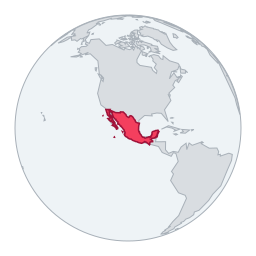 Mexico highlighted on a globe, orthographic projection
{"feature_id": "MEX", "entity_name": "Mexico", "entity_type": "country or territory", "adm_level": 0, "iso_a3": "MEX", "parent_name": "North America", "parent_adm1": "", "projection": "orthographic", "projection_center": [-103.635, 23.63], "detail": "fine", "context": "on_globe", "style": "filled", "palette": "rose", "viewbox_px": 256, "rotation_deg": 0, "n_neighbors": 0, "source": "natural_earth", "source_scale": "50m", "svg_char_len": 14090}
<svg xmlns="http://www.w3.org/2000/svg" viewBox="0 0 256 256"><circle cx="128" cy="128" r="113" fill="#eef3f6" stroke="#a8b0b8"/><path d="M22.8,166.8L23.1,167.6L22.8,166.8ZM175.9,153.4L173.4,152.7L171.2,156.3L162.2,152.5L158.5,146.5L128.2,138.5L124.6,135.2L123.7,129.6L109.5,111.3L117.5,128.7L112.8,125.4L108.3,119.2L109.9,117.6L105.7,108.5L100.9,104.9L97.6,93.4L101.0,79.2L103.1,81.5L103.7,78.1L101.1,75.1L99.3,74.1L97.9,60.9L90.3,53.8L85.0,54.9L88.4,52.3L76.5,57.0L70.6,56.8L79.1,55.1L81.3,53.5L78.2,52.2L79.8,50.3L79.2,48.7L81.4,46.7L86.2,46.3L87.7,45.1L85.4,44.2L86.1,42.0L89.3,43.3L90.9,39.6L99.3,38.9L106.0,45.4L112.4,44.5L124.0,50.0L124.8,48.3L129.6,49.7L132.3,48.3L133.7,50.1L134.6,47.5L132.8,46.2L132.6,44.8L134.0,43.9L136.0,45.9L135.6,46.6L136.9,46.7L137.4,48.1L137.9,47.0L140.2,49.7L140.0,45.9L143.6,47.1L144.6,49.2L141.7,50.4L136.9,59.5L137.0,62.6L140.0,65.4L151.4,67.3L152.7,70.4L156.4,73.5L157.0,70.9L154.3,67.7L156.3,64.1L152.8,60.9L153.1,59.1L150.5,55.5L153.9,54.6L158.5,55.8L160.8,58.8L162.9,59.5L163.1,55.7L169.6,60.8L178.0,63.4L179.3,65.1L177.7,69.6L171.6,71.7L169.4,78.8L173.9,72.9L177.2,77.7L179.0,78.1L180.6,77.2L180.5,75.0L182.3,76.5L178.6,82.6L176.9,81.3L178.1,79.3L175.3,80.5L172.8,85.2L174.7,87.5L168.9,93.1L170.2,95.0L169.7,97.4L168.0,94.0L170.9,100.5L164.5,109.8L168.2,121.6L161.3,113.3L156.8,113.0L151.6,114.0L152.2,115.9L144.6,115.5L138.9,120.4L138.5,130.1L142.3,137.0L150.6,136.4L152.3,132.0L157.9,130.4L155.5,141.8L165.6,141.7L165.5,149.8L168.6,153.4L173.3,151.4L178.2,152.3L181.1,147.0L186.1,143.2L186.8,149.6L189.1,143.0L192.2,145.3L201.7,141.9L201.1,143.6L209.2,148.2L216.9,148.0L218.7,151.6L217.9,154.8L220.3,154.3L220.3,156.1L228.8,153.2L232.3,154.4L231.5,160.5L227.4,169.9L220.8,185.8L212.7,194.3L208.7,200.4L199.0,210.3L194.3,212.0L193.7,214.7L189.5,217.7L185.9,219.1L183.6,221.5L180.9,222.4L181.5,223.2L174.7,227.1L173.9,228.7L168.4,231.4L167.9,232.2L166.7,232.5L164.8,233.2L163.8,233.7L161.1,233.9L163.0,231.8L165.9,230.2L164.3,230.4L170.7,226.2L168.2,227.4L172.9,221.5L178.7,215.6L186.5,198.3L185.2,195.3L178.5,192.8L170.6,180.5L173.5,174.0L171.5,171.5L178.2,161.4L175.9,153.4ZM44.0,120.8L44.5,118.2L45.3,120.2L44.0,120.8ZM44.0,116.4L44.0,117.3L43.9,116.5L44.0,116.4ZM43.5,115.6L43.9,116.2L43.3,115.8L43.5,115.6ZM42.6,114.9L43.1,115.2L43.0,115.3L42.6,114.9ZM168.5,125.7L180.0,129.1L174.2,131.2L175.2,129.9L172.1,128.1L166.7,127.0L161.4,129.2L168.5,125.7ZM41.5,113.1L41.3,112.5L41.8,112.5L41.5,113.1ZM171.9,118.2L169.9,118.1L171.7,117.7L171.9,118.2ZM98.2,74.0L100.9,75.3L102.6,78.8L100.2,77.9L98.2,74.0ZM95.2,67.8L96.9,67.7L96.1,71.0L95.3,70.0L95.2,67.8ZM80.9,56.3L82.8,56.9L80.4,57.0L80.9,56.3ZM78.7,48.9L77.6,49.3L77.8,48.3L78.7,48.9ZM148.9,56.3L149.7,56.0L149.7,56.8L148.9,56.3ZM147.0,55.2L146.5,56.5L145.5,56.2L145.9,55.4L147.0,55.2ZM81.3,44.4L81.8,42.9L82.1,44.4L81.3,44.4ZM147.9,53.8L143.9,55.5L142.2,54.9L142.1,51.6L147.9,53.8ZM82.7,41.9L83.9,38.4L81.7,39.0L88.7,35.5L85.3,39.5L86.0,41.1L84.3,40.9L82.7,41.9ZM131.6,46.2L133.6,47.5L130.7,47.3L131.6,46.2ZM129.8,46.4L121.1,48.2L118.9,46.1L122.2,45.8L118.3,43.8L121.5,41.9L124.4,42.5L125.2,44.2L125.8,42.2L129.8,46.4ZM92.4,34.3L93.4,33.5L93.2,34.3L92.4,34.3ZM132.3,44.1L130.7,44.6L128.7,42.7L131.4,41.5L131.2,42.5L132.3,44.1ZM115.7,44.4L114.7,42.9L117.0,40.9L116.9,40.0L121.4,41.6L115.7,44.4ZM132.4,42.5L132.9,40.9L135.1,41.1L133.7,43.6L132.4,42.5ZM127.0,42.8L126.2,41.9L127.5,42.0L127.0,42.8ZM143.3,41.2L141.5,41.6L140.3,40.6L143.3,41.2ZM132.9,40.3L132.2,40.3L131.5,40.0L132.3,39.1L132.9,40.3ZM122.7,40.2L123.9,39.7L121.0,39.4L122.6,38.0L125.3,39.4L124.8,38.2L125.3,37.8L127.0,39.4L122.7,40.2ZM131.0,37.3L135.0,38.9L138.6,38.3L139.8,39.1L133.7,40.0L131.0,37.3ZM128.5,38.4L130.3,37.9L130.9,39.0L130.0,40.1L128.5,38.4ZM122.8,36.6L119.6,38.4L119.1,38.0L122.8,36.6ZM132.0,36.9L131.0,36.6L132.2,36.7L132.0,36.9ZM125.5,36.4L124.4,37.0L123.9,36.6L125.5,36.4ZM129.9,35.4L131.2,35.9L130.6,36.6L129.9,35.4ZM127.8,35.7L127.3,35.0L129.6,36.5L127.4,36.0L127.8,35.7ZM125.1,35.9L124.5,35.9L125.7,35.7L125.1,35.9ZM131.3,32.7L134.4,34.5L133.1,36.0L130.3,34.0L131.3,32.7ZM164.9,233.9L161.0,234.1L163.5,233.9L167.2,232.5L168.6,232.6L164.9,233.9ZM174.9,229.7L178.1,228.3L178.3,228.4L176.2,229.4L174.9,229.7ZM202.7,43.7L202.4,43.5L206.8,48.0L216.5,59.2L218.2,62.2L217.8,63.1L210.1,55.1L207.2,49.4L204.4,47.0L201.4,45.8L200.8,44.3L199.2,43.3L197.8,41.3L192.2,37.0L190.2,35.1L184.6,32.1L182.8,30.9L186.6,32.9L188.2,33.5L182.8,29.6L180.7,28.5L177.6,27.0L176.5,26.4L174.1,25.5L169.3,23.3L173.2,25.3L169.5,24.2L164.8,22.4L164.3,22.5L172.0,25.5L174.4,26.4L175.4,26.5L182.7,29.9L185.3,31.6L180.3,29.8L183.4,32.2L178.2,30.1L160.7,22.7L155.1,20.6L153.0,18.6L156.2,19.3L158.6,20.2L159.5,20.0L157.9,19.7L157.0,19.3L153.3,18.5L152.5,18.2L150.4,18.1L148.9,17.7L150.3,17.8L143.6,16.7L139.8,16.1L138.7,16.0L133.7,15.6L133.1,15.6L134.5,15.7L134.2,15.9L131.7,16.2L130.1,16.0L130.8,15.8L130.0,15.4L132.0,15.4L131.8,15.4L140.5,16.1L149.0,17.3L157.5,19.3L165.7,21.9L173.7,25.1L181.5,28.9L189.0,33.3L196.0,38.2L202.7,43.7ZM130.9,15.4L129.0,15.4L130.0,15.8L129.0,16.1L128.0,15.8L128.3,15.9L127.3,16.0L124.8,15.9L125.7,16.3L116.7,18.7L111.1,19.2L111.3,18.4L103.4,20.9L97.7,22.0L98.9,22.1L96.0,23.7L97.7,23.4L98.1,23.6L91.4,28.6L88.6,29.9L87.1,32.8L87.8,32.9L89.8,32.1L88.7,35.5L81.7,39.0L80.6,38.5L77.0,41.3L75.0,39.9L71.6,40.3L71.5,37.6L68.9,38.5L67.8,39.5L63.3,41.7L58.1,43.1L67.3,37.2L76.1,35.7L72.9,35.7L75.1,34.5L74.9,33.7L72.5,34.1L71.4,34.9L75.1,30.0L72.4,30.2L69.0,32.5L65.5,34.7L60.0,38.2L66.9,33.4L74.1,29.1L81.7,25.3L89.5,22.1L97.5,19.6L105.7,17.6L114.1,16.2L122.5,15.5L130.9,15.4ZM239.8,114.5L239.8,114.2L236.7,104.8L235.0,97.8L232.3,92.0L218.6,62.8L218.2,61.2L213.3,54.5L218.5,61.0L223.2,67.8L227.4,75.0L231.0,82.5L234.1,90.3L236.6,98.2L238.5,106.3L239.8,114.5ZM226.3,74.8L227.4,76.6L226.3,74.8ZM202.0,141.7L203.2,142.6L201.8,143.1L202.0,141.7ZM173.9,134.0L176.1,133.7L177.4,134.4L175.8,135.1L173.9,134.0ZM191.6,129.6L193.9,129.5L191.7,130.8L191.6,129.6ZM181.7,129.4L189.7,130.0L185.3,133.2L180.1,132.9L183.4,131.5L181.7,129.4ZM171.7,122.2L173.1,122.4L173.0,123.7L171.7,122.2ZM173.2,117.9L172.6,118.1L171.7,117.3L173.2,117.9ZM177.4,77.3L177.8,76.9L179.6,76.5L179.1,77.6L177.4,77.3ZM185.0,70.0L187.7,72.6L185.5,71.4L185.4,73.2L180.7,73.1L179.8,65.9L181.0,69.1L185.0,70.0ZM174.1,71.4L177.2,72.0L173.8,71.7L174.1,71.4ZM192.0,40.6L192.7,40.3L195.0,41.8L197.5,45.1L194.2,42.8L192.0,40.6ZM193.1,39.6L187.4,37.4L185.6,35.6L187.6,36.9L187.0,35.9L190.0,37.9L193.8,38.6L196.0,40.1L199.5,44.8L197.1,42.3L196.6,42.6L193.1,39.6ZM176.2,37.7L173.7,37.5L173.0,33.7L175.4,34.4L178.1,37.4L176.8,38.4L176.2,37.7ZM148.6,47.9L147.7,48.6L147.1,48.0L147.4,46.9L148.6,47.9ZM142.5,41.5L151.9,44.4L151.3,45.3L157.5,46.3L158.4,49.2L154.4,48.3L159.7,51.5L156.5,51.8L160.2,53.8L151.2,51.6L148.5,52.4L151.2,50.4L150.4,47.8L149.2,46.8L144.0,44.8L137.7,45.4L136.0,43.1L136.4,41.4L137.6,40.9L138.4,42.5L139.5,40.7L141.5,42.6L142.5,41.5ZM142.1,26.4L142.5,27.7L145.0,25.8L147.1,27.2L147.3,26.9L149.8,27.7L153.3,28.3L153.8,29.1L154.9,29.0L156.6,29.7L158.3,29.9L159.9,31.4L162.1,31.8L161.5,32.3L164.9,32.7L163.1,33.1L165.2,34.3L165.8,33.3L170.0,42.4L173.1,46.4L176.8,49.7L173.1,50.4L167.4,47.9L161.3,44.2L158.8,40.4L157.6,41.6L156.0,40.2L157.6,39.9L154.3,39.6L153.4,38.4L147.9,36.1L143.6,36.7L141.5,36.0L142.8,35.2L139.8,35.1L140.7,33.1L139.3,32.6L138.7,30.4L142.0,29.3L140.1,28.8L139.6,27.3L142.1,26.4ZM131.3,32.1L134.8,30.1L137.6,30.0L137.4,34.1L138.6,34.8L138.5,37.7L134.4,37.9L134.8,37.0L134.3,36.2L135.8,36.5L134.1,35.7L134.6,34.5L133.5,33.6L134.9,33.2L131.3,32.1ZM207.6,48.3L207.0,47.7L206.4,47.2L207.6,48.3ZM205.8,46.5L205.2,46.0L203.8,44.7L205.6,46.3L205.8,46.5ZM185.6,32.1L184.4,31.3L185.0,31.5L186.5,32.4L185.6,32.1ZM150.1,22.3L149.8,22.8L149.1,22.6L146.5,23.2L144.7,22.4L145.6,21.7L150.1,22.3ZM147.8,21.5L146.9,21.8L146.6,21.2L147.8,21.5ZM143.4,21.9L142.7,21.2L144.2,22.4L143.4,21.9ZM131.8,17.1L137.4,17.0L140.2,16.9L140.0,16.5L142.6,17.2L138.3,17.4L131.8,17.1ZM118.8,18.4L119.0,19.1L117.3,19.1L117.0,18.9L118.8,18.4ZM120.0,18.6L123.2,18.9L122.3,19.5L119.9,19.1L120.0,18.6ZM135.6,19.5L137.4,19.5L137.6,19.9L135.6,19.5ZM22.6,167.3L23.4,169.2L22.9,168.4L22.6,167.3ZM23.1,167.6L22.5,166.7L22.8,166.8L23.1,167.6ZM54.8,42.4L56.2,41.3L52.9,44.2L51.3,45.6L51.0,45.7L54.8,42.4ZM56.1,41.4L57.8,40.0L66.8,34.0L67.9,33.6L59.3,39.2L60.5,38.2L58.9,39.3L56.1,41.4ZM92.4,33.5L93.3,33.5L92.1,34.0L92.4,33.5ZM99.2,23.4L99.5,23.7L98.0,24.2L99.2,23.4ZM99.5,25.0L101.0,24.2L100.1,25.2L99.5,25.0ZM104.0,22.6L101.8,24.0L103.0,22.6L104.0,22.6Z" fill="#d9dde1" stroke="#a8b0b8" stroke-width="1"/><path d="M105.8,109.5L109.8,109.5L109.5,109.9L115.6,112.6L120.3,112.8L120.4,111.9L123.3,112.0L123.8,112.6L124.0,112.7L124.8,113.6L125.8,114.4L126.2,115.2L126.2,115.5L126.3,115.8L126.7,116.3L127.4,116.8L127.6,116.9L128.6,117.5L128.9,117.4L129.3,117.0L129.5,116.2L130.0,115.9L130.3,115.7L130.8,115.9L131.5,115.9L132.9,117.1L133.7,118.4L133.8,118.7L134.1,119.0L134.7,119.9L135.2,120.2L135.2,120.6L135.3,120.9L135.3,121.2L135.7,121.7L136.0,122.3L136.6,122.5L137.3,122.8L138.3,123.1L138.7,123.1L139.0,123.4L139.2,123.2L139.4,123.2L139.4,123.6L138.9,125.0L138.7,126.3L138.6,127.5L138.6,129.1L138.5,129.8L138.5,130.0L138.7,130.8L139.0,131.3L139.5,131.8L139.4,132.4L139.3,132.2L139.4,131.8L139.0,131.4L138.7,130.9L138.9,131.8L139.2,132.0L139.8,133.3L139.8,133.5L141.2,135.1L141.6,136.1L142.2,136.6L142.3,136.9L142.6,137.1L142.3,137.0L142.9,137.3L143.0,137.3L142.7,137.1L143.0,137.2L143.7,137.2L144.0,137.5L144.4,137.5L144.9,138.2L145.1,138.2L145.6,138.1L146.7,137.5L147.5,137.5L147.9,137.4L148.1,137.3L148.2,137.1L148.7,136.9L149.6,136.8L149.6,137.1L149.9,137.2L150.4,137.2L150.8,136.8L150.8,136.6L150.7,136.5L150.7,136.3L150.5,136.5L150.5,136.3L151.4,135.8L151.7,135.3L151.7,134.6L152.1,134.1L152.0,132.9L152.2,132.0L153.1,131.4L154.7,131.0L155.4,130.6L156.2,130.4L157.6,130.6L157.7,130.4L157.3,130.4L157.8,130.2L157.9,130.3L158.3,130.5L158.4,130.9L158.5,131.1L158.3,131.8L157.8,132.4L157.5,133.0L157.5,133.3L157.5,133.7L157.3,133.9L157.1,134.2L157.2,134.4L157.6,134.3L157.5,134.5L157.3,134.8L157.5,134.9L157.4,135.8L157.2,136.1L157.2,136.7L157.0,136.9L156.9,136.6L156.7,136.5L156.7,136.0L156.7,135.8L156.4,136.1L156.3,136.6L155.9,136.7L155.8,137.0L155.4,137.7L155.3,137.8L155.0,137.7L154.8,137.7L154.8,138.0L151.5,138.4L151.5,139.5L150.8,139.5L151.6,140.2L152.1,140.5L152.3,140.9L152.7,141.0L152.7,141.7L150.3,141.9L149.5,143.5L149.8,143.9L149.7,144.1L149.6,144.4L149.7,144.6L149.5,144.9L148.4,143.9L147.7,143.3L146.3,142.2L145.4,141.8L145.3,142.0L145.7,142.1L146.1,142.3L145.2,142.0L144.9,142.0L145.0,141.8L144.9,141.7L144.6,141.9L144.6,141.7L144.4,141.6L144.2,141.9L144.6,142.0L144.0,142.1L143.4,142.6L142.8,142.8L142.0,143.2L141.5,143.3L140.9,143.2L140.2,142.9L139.1,142.8L138.4,142.4L137.6,142.2L137.2,141.8L135.4,141.5L134.8,141.1L133.2,140.6L132.2,140.0L132.0,139.8L131.8,139.7L131.2,139.1L130.7,139.1L129.7,138.9L128.4,138.4L127.5,137.4L126.6,136.9L125.6,136.5L125.3,136.0L124.9,135.7L124.6,135.2L124.3,134.3L124.5,134.1L124.8,134.1L125.0,134.0L125.0,133.8L124.9,133.6L124.6,133.6L125.1,132.9L125.1,132.2L124.7,131.9L124.3,131.2L124.3,130.5L124.1,129.9L123.0,128.8L122.7,128.3L122.1,127.4L120.6,126.2L121.0,126.5L121.1,126.2L120.5,126.1L120.3,125.9L120.2,125.8L120.2,125.6L119.7,125.0L120.0,125.1L119.6,124.8L119.0,124.4L118.9,124.3L118.9,124.1L118.4,124.2L118.5,124.0L118.7,123.7L118.5,123.9L118.2,124.0L118.0,123.9L117.8,123.7L117.8,123.1L118.2,122.6L118.3,122.7L118.2,122.5L118.1,122.1L117.7,121.7L117.3,121.7L117.1,121.4L117.0,121.0L116.4,120.8L116.1,120.5L115.9,120.2L115.9,119.8L116.0,119.4L115.7,119.3L115.4,119.3L115.0,119.1L114.8,118.8L114.5,118.3L114.1,118.1L113.7,117.4L113.4,117.0L113.3,116.5L113.1,116.3L113.0,115.9L112.6,115.0L112.5,114.4L112.1,113.7L112.1,113.4L112.1,113.1L112.1,112.9L112.2,112.7L111.3,112.3L111.3,112.1L111.1,111.9L110.8,111.7L110.7,111.9L109.3,111.1L109.4,111.3L109.4,111.6L109.3,111.8L109.2,112.5L109.4,112.9L109.4,113.3L109.5,113.8L109.4,114.3L109.5,114.8L109.8,115.1L110.1,115.4L110.7,116.1L111.1,116.7L111.1,117.0L111.3,117.0L111.4,117.3L111.6,117.3L111.7,117.9L112.1,118.1L112.1,118.3L112.2,118.5L112.2,118.9L112.2,119.3L112.5,119.6L112.9,119.9L113.1,120.6L113.4,120.8L113.4,121.0L113.6,121.3L113.6,121.6L113.8,121.8L113.7,121.4L113.7,121.2L114.1,121.6L114.1,121.8L114.3,122.0L114.5,122.7L114.5,123.4L114.7,123.8L114.9,123.9L115.1,124.7L115.5,125.3L115.3,125.8L115.4,126.3L115.6,126.6L115.9,126.6L115.9,126.8L116.1,126.6L116.0,126.4L116.6,126.7L116.9,127.2L117.1,127.4L117.1,127.7L117.4,127.8L117.6,128.1L117.4,128.7L116.8,129.1L116.5,129.2L116.4,129.0L116.2,128.3L115.9,127.8L115.4,127.5L114.8,126.7L114.1,126.2L113.7,125.8L113.4,125.8L113.4,125.5L113.0,125.2L112.9,124.8L113.1,123.9L113.0,123.1L112.6,122.5L112.2,122.2L111.6,121.7L111.4,121.4L111.4,120.9L111.2,121.2L110.9,121.2L110.6,121.3L110.2,120.8L109.9,120.7L109.2,120.2L109.1,119.8L108.4,119.2L108.3,118.9L109.1,119.1L109.3,119.1L109.6,119.0L109.8,119.4L109.8,119.1L109.8,118.9L109.6,118.9L109.8,118.7L110.0,118.3L110.1,117.9L110.0,117.6L108.8,116.0L108.4,115.8L107.6,115.1L107.5,114.8L107.4,114.7L107.5,114.0L107.4,113.9L107.2,113.8L107.2,113.0L106.8,112.7L106.8,112.2L106.4,111.5L106.4,111.2L106.5,111.1L106.5,110.9L106.2,110.6L106.1,110.2L105.9,109.9L105.8,109.5ZM113.3,117.0L113.2,117.5L112.8,117.3L112.9,116.7L113.0,116.6L113.3,117.0ZM111.7,116.8L111.5,116.7L111.2,116.3L111.1,116.1L111.1,115.7L111.3,115.9L111.4,116.2L111.7,116.3L111.7,116.8ZM158.6,132.2L158.3,132.8L158.2,132.6L158.2,132.4L158.3,132.3L158.6,132.2ZM113.0,125.8L112.8,125.5L112.8,125.4L112.6,125.3L112.7,124.9L112.9,124.3L112.8,125.2L113.0,125.8ZM108.2,118.3L108.1,118.5L107.8,118.4L108.0,118.2L108.0,117.9L108.2,118.3ZM103.1,116.3L102.9,115.9L103.0,115.8L103.1,116.3ZM113.6,126.1L113.1,125.8L113.3,125.8L113.6,126.1ZM122.8,131.9L122.7,132.1L122.5,131.7L122.7,131.8L122.8,131.9ZM115.7,125.0L115.5,124.8L115.7,125.0ZM114.9,122.9L114.9,123.1L114.6,123.3L114.7,122.9L114.9,122.9ZM114.5,137.3L114.4,137.3L114.2,137.2L114.4,137.0L114.5,137.3ZM150.1,136.8L149.9,136.8L150.3,136.6L150.1,136.8ZM117.0,126.7L116.8,126.6L116.8,126.4L117.0,126.7L117.0,126.7Z" fill="#f43f5e" stroke="#9f1239" stroke-width="1.5"/></svg>